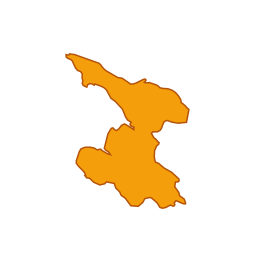 the Unitary Authority (wales) of Gwynedd, rotated 61°
{"feature_id": "GBR-2130", "entity_name": "Gwynedd", "entity_type": "Unitary Authority (wales)", "adm_level": 1, "iso_a3": "GBR", "parent_name": "United Kingdom", "parent_adm1": "", "projection": "equal_earth", "projection_center": [-4.085, 52.896], "detail": "fine", "context": "isolated", "style": "filled", "palette": "amber", "viewbox_px": 256, "rotation_deg": 61, "n_neighbors": 0, "source": "natural_earth", "source_scale": "10m", "svg_char_len": 2288}
<svg xmlns="http://www.w3.org/2000/svg" viewBox="0 0 256 256"><g transform="rotate(61 128 128)"><path d="M148.6,188.8L148.6,187.8L144.8,187.8L137.6,189.8L133.7,190.3L131.5,189.0L125.1,182.1L123.5,179.4L124.0,175.0L126.3,170.6L129.2,167.2L131.7,165.9L132.2,165.4L132.9,163.0L133.2,162.3L133.8,162.0L135.3,161.6L141.0,158.1L142.8,156.3L139.1,156.7L136.7,158.2L134.3,158.6L123.6,148.6L120.9,144.2L120.2,142.6L120.6,141.1L123.0,140.5L124.7,139.3L124.3,136.5L123.2,133.8L122.6,132.7L122.6,130.2L122.9,129.0L123.8,128.3L132.2,123.7L131.1,123.3L130.7,123.0L130.3,122.4L128.6,123.7L127.0,124.6L125.6,124.3L124.5,122.4L120.9,124.5L117.0,124.7L109.0,123.7L98.9,126.1L96.5,127.2L93.7,128.5L84.0,128.4L81.1,129.5L78.4,131.3L73.4,135.7L73.9,136.2L74.2,136.9L72.0,138.0L70.7,140.0L70.6,142.3L72.3,144.2L70.5,145.6L69.5,146.2L68.5,146.6L66.8,146.4L64.8,144.6L61.8,143.8L59.1,142.1L57.5,141.8L55.8,142.1L54.8,142.8L54.0,143.6L53.0,144.2L49.9,144.8L42.0,144.2L39.9,145.2L37.9,146.9L35.9,147.6L33.8,146.6L35.2,144.9L35.4,144.2L34.8,143.1L35.7,142.2L37.7,139.3L57.3,122.0L59.5,121.2L62.1,121.0L64.7,120.4L67.5,119.3L78.8,112.6L81.6,109.0L90.8,104.4L92.0,102.1L92.6,99.0L92.9,91.6L93.3,89.6L94.2,88.9L95.1,89.2L95.6,90.4L96.1,91.6L97.3,90.2L98.4,88.1L98.5,87.4L104.2,82.2L105.7,81.4L108.2,80.6L110.1,78.6L113.0,74.1L116.2,71.2L119.9,69.3L124.0,68.4L128.4,68.1L129.6,68.4L130.7,68.9L131.8,69.1L133.5,68.2L136.6,67.1L139.9,66.4L141.1,65.7L141.9,66.2L151.4,74.1L148.1,81.8L144.3,86.6L140.5,90.0L140.0,91.8L140.2,93.8L142.2,96.3L144.5,98.8L145.6,101.1L145.6,104.0L144.2,106.7L143.4,108.1L144.0,110.1L145.6,110.1L148.9,110.1L151.6,109.0L154.3,108.6L155.9,107.9L157.0,109.0L157.6,111.7L160.8,115.8L166.3,119.2L171.0,120.6L173.9,118.3L180.6,115.8L185.8,112.6L187.6,111.4L197.2,108.2L198.8,108.8L199.4,109.9L198.3,112.7L202.0,115.6L208.9,114.8L212.3,115.7L216.9,113.6L217.6,113.3L221.8,114.1L222.2,114.6L220.7,116.7L214.8,121.2L216.0,124.0L217.8,124.2L218.5,125.3L218.2,126.5L216.0,128.2L215.8,133.8L214.8,136.8L212.9,138.6L207.7,138.8L200.7,141.3L199.3,142.7L197.9,147.5L200.3,151.2L201.5,157.0L197.4,163.2L188.0,164.4L183.7,166.6L179.7,166.3L174.6,167.8L169.8,166.9L164.7,172.9L165.5,175.4L164.1,180.3L158.8,184.3L153.6,185.8L151.4,188.4L148.6,188.8Z" fill="#f59e0b" stroke="#b45309" stroke-width="1.5"/></g></svg>